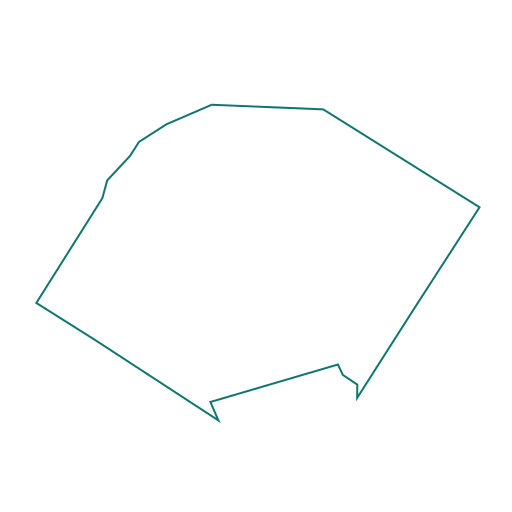 the district of Madison, Tennessee, United States of America, rotated 211°
{"feature_id": "52423323B23237187605689", "entity_name": "Madison", "entity_type": "district", "adm_level": 2, "iso_a3": "USA", "parent_name": "United States of America", "parent_adm1": "Tennessee", "projection": "natural_earth1", "projection_center": [-88.842, 35.612], "detail": "fine", "context": "isolated", "style": "outline", "palette": "teal", "viewbox_px": 512, "rotation_deg": 211, "n_neighbors": 0, "source": "geoboundaries", "source_scale": "gbopen_adm2", "svg_char_len": 401}
<svg xmlns="http://www.w3.org/2000/svg" viewBox="0 0 512 512"><g transform="rotate(211 256 256)"><path d="M96.2,186.4L93.4,290.8L89.5,412.9L219.7,415.3L255.8,416.0L273.9,416.3L371.9,362.8L400.6,322.8L415.1,293.5L415.5,277.0L422.5,244.1L417.5,226.5L420.1,102.6L350.1,101.1L203.6,95.7L219.9,107.4L129.9,205.2L120.4,198.8L102.9,197.9L96.2,186.4Z" fill="none" stroke="#0f766e" stroke-width="2"/></g></svg>